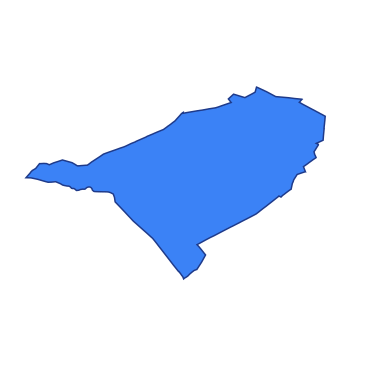 Stružānu pag., Rezeknes, Latvia, rotated 160°
{"feature_id": "27541924B41933638404830", "entity_name": "Stružānu pag.", "entity_type": "district", "adm_level": 2, "iso_a3": "LVA", "parent_name": "Latvia", "parent_adm1": "Rezeknes", "projection": "equal_earth", "projection_center": [27.216, 56.721], "detail": "fine", "context": "isolated", "style": "filled", "palette": "blue", "viewbox_px": 384, "rotation_deg": 160, "n_neighbors": 0, "source": "geoboundaries", "source_scale": "gbopen_adm2", "svg_char_len": 4339}
<svg xmlns="http://www.w3.org/2000/svg" viewBox="0 0 384 384"><g transform="rotate(160 192 192)"><path d="M229.6,113.2L228.3,113.7L228.2,113.7L226.9,113.9L224.8,114.4L224.6,114.5L223.4,115.1L222.7,115.4L222.6,115.5L222.0,115.7L221.7,115.9L221.2,116.1L220.7,116.2L219.8,116.6L218.8,116.9L218.2,117.1L217.8,117.2L217.4,117.4L217.0,117.5L214.6,117.6L214.0,117.5L207.1,122.7L200.8,128.2L202.1,132.1L203.4,136.0L204.3,138.5L205.3,140.8L195.3,142.3L190.3,143.0L188.0,143.2L186.0,143.4L177.2,144.6L174.9,144.9L171.0,145.4L167.2,145.9L165.9,146.0L156.4,147.2L155.8,147.3L143.9,148.8L140.9,149.2L139.8,149.4L139.5,149.4L139.0,149.5L130.8,152.2L127.1,153.3L125.4,153.9L123.2,154.6L115.6,157.1L115.4,157.2L113.1,157.9L111.7,158.5L111.5,158.3L110.1,156.8L108.0,157.8L105.9,158.4L103.8,159.1L99.5,160.4L97.9,160.7L94.8,165.7L93.4,167.1L92.3,168.6L87.2,172.5L86.3,172.5L81.7,172.4L78.7,172.3L78.5,172.2L78.6,177.7L73.8,179.0L72.3,179.5L69.1,180.4L67.1,181.0L66.5,181.1L65.1,181.5L64.2,181.7L63.8,181.8L63.6,181.9L63.7,183.7L63.8,184.7L63.9,185.5L63.8,185.8L63.6,188.1L61.5,189.6L60.7,190.3L57.2,193.0L57.0,193.5L58.6,195.2L51.1,195.8L49.2,200.0L48.2,202.1L46.4,205.9L46.2,206.1L46.3,206.3L45.5,208.1L44.7,209.7L44.1,210.9L43.3,212.6L42.6,214.0L42.0,215.3L41.5,216.4L41.1,217.2L41.1,217.3L40.9,217.6L41.7,218.5L43.0,220.0L43.6,220.7L44.5,221.6L45.5,222.8L45.9,223.3L46.8,224.2L47.6,225.1L48.9,226.6L49.9,227.7L50.6,228.4L51.1,229.0L52.3,230.3L53.9,232.1L56.7,235.2L57.6,236.2L60.5,239.6L59.3,240.2L58.5,240.7L57.3,241.3L56.9,241.5L57.0,241.6L63.5,244.7L69.1,247.6L74.7,250.2L80.7,253.0L86.7,259.7L87.7,260.8L94.7,267.8L94.9,268.0L95.5,268.5L97.7,265.4L98.5,264.3L99.3,264.1L102.6,263.6L109.4,262.7L109.7,262.6L110.0,262.6L113.5,265.2L117.6,268.3L119.5,269.7L120.7,269.2L126.0,267.0L124.6,262.7L134.4,262.9L138.3,262.9L139.7,263.0L140.3,263.0L140.9,263.0L141.1,263.1L141.4,263.1L145.4,263.9L146.9,264.2L147.9,264.4L148.7,264.5L154.6,265.5L156.4,265.9L156.9,266.0L157.2,266.1L158.1,266.2L158.3,266.3L160.4,266.7L161.0,266.8L161.5,266.9L169.7,268.4L173.4,269.0L173.0,269.8L173.6,269.7L174.6,269.4L175.6,269.0L177.3,268.0L183.2,264.9L183.4,264.8L183.7,264.6L185.0,264.2L186.1,263.9L188.8,263.0L190.8,262.4L191.3,262.3L192.1,262.1L192.8,261.9L193.6,261.6L195.0,261.2L197.1,260.6L197.4,260.5L204.7,260.2L206.1,260.1L206.6,260.1L209.4,259.9L212.1,259.8L212.7,259.7L213.0,259.7L214.0,259.7L214.5,259.7L215.4,259.6L216.4,259.4L217.7,259.3L225.9,258.8L227.4,258.7L228.0,258.5L231.7,258.4L232.2,258.4L232.3,258.4L234.4,258.2L234.9,258.1L235.2,258.1L238.4,257.8L240.0,257.7L241.5,257.7L244.1,257.8L245.2,257.8L249.0,257.8L256.7,257.9L258.7,257.9L260.6,257.9L260.8,257.9L262.2,257.9L266.4,256.8L274.9,254.8L275.9,254.6L279.0,253.6L279.4,253.5L281.2,253.0L281.3,253.0L282.1,253.3L287.4,254.8L289.6,255.3L289.8,255.5L290.8,255.8L291.2,256.3L292.5,258.0L294.7,260.6L302.8,266.4L307.3,266.5L309.3,266.6L312.1,266.7L316.8,266.4L318.9,268.4L321.4,269.5L324.1,270.3L325.6,270.8L330.8,267.6L333.7,267.0L334.7,266.9L335.5,266.4L336.1,266.2L337.1,265.6L338.0,264.9L338.7,264.6L343.1,262.2L338.8,260.5L338.4,260.3L333.6,257.3L332.5,256.6L328.3,253.5L326.1,251.9L323.9,250.4L320.5,249.3L316.6,248.3L312.7,244.7L312.1,243.9L311.2,242.8L309.8,241.8L309.1,241.4L307.3,240.3L306.3,239.9L306.0,239.8L304.9,238.9L304.2,237.4L303.9,236.7L303.2,236.2L302.4,235.9L301.8,235.7L301.2,235.0L300.9,234.5L300.1,233.0L298.7,232.6L297.7,232.4L295.8,232.5L294.6,232.2L293.8,232.1L293.4,232.0L292.9,231.7L291.6,231.3L289.2,232.2L287.6,232.1L287.0,232.0L286.5,231.7L285.9,231.3L285.4,230.7L285.0,229.7L284.9,229.2L284.9,228.7L285.0,228.2L284.8,227.6L284.5,227.0L284.1,226.3L283.8,226.0L283.2,225.7L282.6,225.4L281.3,224.9L280.6,224.6L279.9,224.3L279.6,224.2L279.2,224.1L278.9,223.9L278.5,223.8L278.2,223.7L277.9,223.5L277.6,223.4L277.2,223.3L276.9,223.2L276.6,223.0L276.3,222.9L276.0,222.8L275.7,222.7L275.2,222.5L274.6,222.3L272.1,221.3L270.7,220.7L268.9,219.4L267.9,218.3L267.4,217.8L266.7,217.0L266.7,213.4L267.6,209.0L264.9,202.9L264.8,202.7L262.3,196.9L259.7,190.8L257.1,184.7L251.7,174.7L248.5,168.8L245.4,162.9L244.9,162.1L242.3,154.3L242.3,154.2L236.9,137.4L234.5,129.8L231.8,121.8L231.5,121.8L231.3,121.3L230.8,119.4L230.7,119.2L230.4,118.1L230.2,117.2L230.1,116.8L229.9,116.5L229.8,116.2L229.6,114.9L229.6,113.2L229.6,113.2Z" fill="#3b82f6" stroke="#1e3a8a" stroke-width="1.5"/></g></svg>